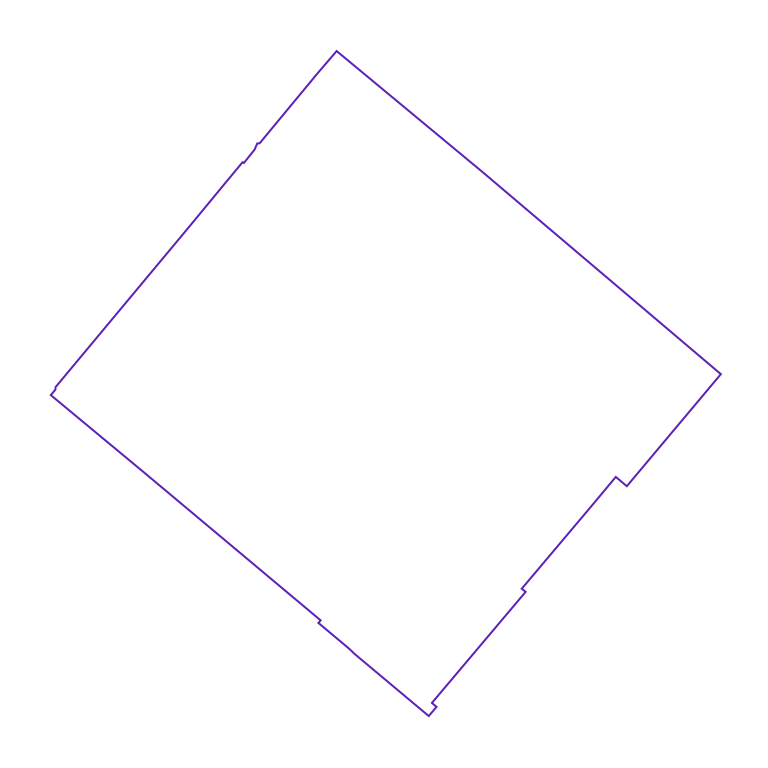 Natrona, Wyoming, United States of America, rotated 220°
{"feature_id": "52423323B59705980102963", "entity_name": "Natrona", "entity_type": "district", "adm_level": 2, "iso_a3": "USA", "parent_name": "United States of America", "parent_adm1": "Wyoming", "projection": "robinson", "projection_center": [-106.783, 42.966], "detail": "fine", "context": "isolated", "style": "outline", "palette": "violet", "viewbox_px": 768, "rotation_deg": 220, "n_neighbors": 0, "source": "geoboundaries", "source_scale": "gbopen_adm2", "svg_char_len": 526}
<svg xmlns="http://www.w3.org/2000/svg" viewBox="0 0 768 768"><g transform="rotate(220 384 384)"><path d="M136.3,158.4L136.2,170.4L142.3,170.5L141.9,315.8L146.9,315.7L146.6,425.0L146.7,461.8L132.3,461.8L132.3,608.1L138.8,608.1L446.3,609.7L634.3,608.6L634.6,579.1L634.0,488.4L635.7,486.8L633.8,480.3L633.4,463.3L634.9,463.0L634.8,437.2L634.3,378.3L634.1,316.3L633.6,170.5L632.1,168.4L632.1,161.3L506.6,162.0L280.6,162.2L280.6,158.8L239.9,158.8L233.0,158.3L136.3,158.4Z" fill="none" stroke="#5b21b6" stroke-width="2"/></g></svg>